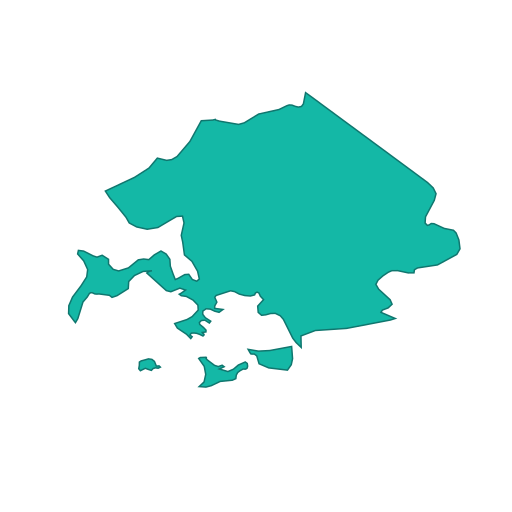 the border of Bocas del Toro, rotated 127°
{"feature_id": "PAN-1958", "entity_name": "Bocas del Toro", "entity_type": "Province", "adm_level": 1, "iso_a3": "PAN", "parent_name": "Panama", "parent_adm1": "", "projection": "natural_earth1", "projection_center": [-82.341, 9.206], "detail": "fine", "context": "isolated", "style": "filled", "palette": "teal", "viewbox_px": 512, "rotation_deg": 127, "n_neighbors": 0, "source": "natural_earth", "source_scale": "10m", "svg_char_len": 3524}
<svg xmlns="http://www.w3.org/2000/svg" viewBox="0 0 512 512"><g transform="rotate(127 256 256)"><path d="M133.9,96.6L153.9,105.7L168.3,119.8L171.6,121.2L174.4,119.7L177.9,124.3L182.4,134.0L186.0,138.7L189.4,140.6L195.5,142.7L201.9,144.0L206.5,143.2L208.7,138.0L210.2,122.6L212.6,118.3L217.9,119.2L223.1,122.5L225.8,122.3L222.1,107.2L226.2,110.1L259.4,140.2L279.8,163.8L292.8,172.0L301.8,164.9L301.0,171.8L299.5,177.2L290.1,196.0L289.1,200.6L290.2,206.1L293.2,209.8L297.1,212.8L300.0,215.9L299.7,220.3L295.0,224.5L286.3,223.7L285.5,228.3L283.8,231.4L284.2,233.4L285.9,234.2L287.9,233.7L291.3,236.4L294.3,241.1L296.5,246.5L297.3,251.6L299.1,255.4L311.5,264.1L313.8,264.1L316.4,259.5L320.7,258.9L322.7,257.5L318.6,250.2L323.2,251.6L324.9,255.7L325.9,260.5L328.2,264.1L332.0,265.3L334.6,263.5L335.8,259.3L335.3,252.9L337.6,252.9L338.0,258.2L340.4,260.8L343.2,261.2L344.5,259.8L344.7,254.8L345.3,251.3L346.8,250.3L349.4,252.9L349.8,251.7L349.8,250.6L350.2,250.0L351.8,250.2L352.5,253.8L353.4,256.7L354.7,259.0L356.5,261.2L358.9,261.2L358.9,258.4L361.2,258.4L360.3,264.4L360.9,275.4L358.9,280.3L348.3,272.9L342.8,270.5L334.0,269.6L330.2,272.8L329.1,279.8L330.2,287.3L332.7,291.8L332.7,294.3L330.8,293.4L325.6,291.8L327.5,297.5L335.8,302.5L337.6,306.8L335.3,333.0L333.7,332.5L332.7,332.1L331.7,331.4L330.4,330.2L336.3,336.9L344.7,341.3L353.0,342.3L358.9,338.4L371.3,343.1L375.7,346.1L375.6,349.4L380.7,358.4L382.5,360.6L383.3,362.0L383.9,364.7L385.0,366.1L386.5,366.5L390.3,366.1L396.9,366.5L413.3,360.6L417.9,360.1L417.4,362.0L414.8,371.0L408.3,375.6L399.2,377.8L385.0,377.8L374.6,378.6L368.1,382.3L363.6,390.6L361.7,399.7L358.4,401.2L355.8,396.6L353.9,386.1L352.6,382.3L348.0,379.3L347.4,371.8L351.3,368.8L352.6,362.0L350.6,356.7L342.2,350.7L329.9,347.7L326.0,343.9L323.4,339.4L316.3,337.9L309.2,334.9L308.5,328.9L310.5,322.8L315.7,318.3L320.2,311.5L323.4,306.3L320.8,304.8L313.7,301.7L311.1,298.7L313.1,292.7L311.8,288.2L308.5,287.4L303.3,293.5L298.8,304.0L298.2,313.8L289.1,322.8L284.5,328.1L272.9,333.4L268.4,338.7L272.2,343.2L279.4,346.2L292.3,351.5L300.1,359.0L304.6,368.8L305.9,377.1L303.3,383.1L300.1,395.9L297.5,407.9L294.8,415.4L266.2,400.3L250.2,394.4L237.2,393.7L233.4,384.9L229.7,381.3L224.1,378.9L204.3,377.7L180.9,381.1L173.4,372.3L171.4,370.7L171.7,370.2L170.3,366.4L161.4,349.1L156.7,345.5L141.0,339.3L125.2,325.8L117.4,321.8L115.4,320.4L113.8,318.0L112.9,314.8L111.6,311.8L109.2,309.7L106.0,309.7L95.7,314.7L95.6,310.3L94.9,244.5L94.4,196.3L94.1,163.1L95.0,155.4L97.9,149.7L104.3,147.1L122.7,144.2L127.9,140.8L128.4,137.5L126.9,136.4L124.6,135.6L123.1,133.3L120.7,122.3L116.6,113.8L117.2,110.0L121.1,103.6L127.5,97.4L133.9,96.6ZM306.8,173.1L316.0,165.0L321.6,162.4L328.2,162.2L337.7,178.5L340.2,188.7L335.3,195.3L335.3,198.3L336.8,200.3L337.3,201.3L336.7,202.9L335.3,206.1L330.5,196.8L323.2,188.1L306.8,173.1ZM377.7,209.1L386.5,213.7L390.8,217.1L394.5,222.8L387.8,221.7L380.8,224.9L375.3,230.9L372.3,240.1L370.6,239.4L366.9,234.9L367.0,234.5L367.8,234.3L368.3,232.5L368.3,223.3L367.0,219.6L363.6,217.3L363.6,214.8L368.3,217.3L365.2,208.9L360.0,205.9L353.7,204.5L347.1,200.8L347.1,198.3L349.0,196.4L350.8,195.6L352.5,196.1L354.1,198.3L357.2,199.7L360.0,200.5L362.9,200.1L366.1,198.3L369.5,200.2L377.7,209.1ZM403.9,269.3L402.1,267.3L402.3,265.5L404.5,266.6L405.9,269.1L407.9,270.5L410.3,270.7L411.5,274.1L412.3,276.8L414.6,278.0L417.2,279.3L416.6,281.8L413.5,283.4L410.9,285.3L408.9,284.6L405.7,282.1L402.9,280.0L401.2,276.9L401.3,273.7L403.9,269.3Z" fill="#14b8a6" stroke="#0f766e" stroke-width="1.5"/></g></svg>